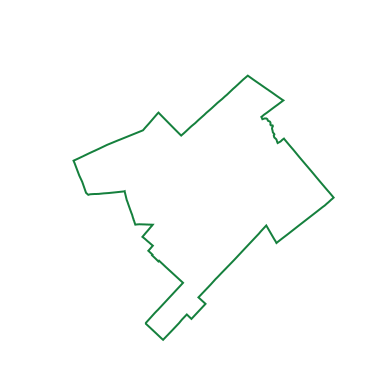 Afumati, Dolj, Romania, rotated 222°
{"feature_id": "2599482B89919086684151", "entity_name": "Afumati", "entity_type": "district", "adm_level": 2, "iso_a3": "ROU", "parent_name": "Romania", "parent_adm1": "Dolj", "projection": "mercator", "projection_center": [23.444, 44.0], "detail": "fine", "context": "isolated", "style": "outline", "palette": "green", "viewbox_px": 384, "rotation_deg": 222, "n_neighbors": 0, "source": "geoboundaries", "source_scale": "gbopen_adm2", "svg_char_len": 3265}
<svg xmlns="http://www.w3.org/2000/svg" viewBox="0 0 384 384"><g transform="rotate(222 192 192)"><path d="M228.4,315.8L229.2,309.8L229.5,306.2L230.2,298.5L230.5,296.1L231.1,287.8L231.5,284.9L231.8,281.5L232.7,275.3L233.4,267.6L233.7,265.0L234.3,260.5L234.5,257.5L235.4,249.5L235.7,245.4L236.4,240.8L236.6,239.0L237.1,233.0L237.4,229.9L237.7,227.8L237.7,227.7L237.8,226.7L238.4,226.7L246.2,227.1L259.6,227.9L269.3,228.5L270.0,228.6L270.1,227.5L270.0,222.6L269.8,214.1L269.8,211.2L269.8,209.9L269.8,208.4L269.7,205.3L269.7,205.1L270.5,203.4L280.4,183.1L281.7,180.5L284.0,175.7L286.6,170.3L290.1,161.8L294.1,152.5L298.5,141.8L299.6,139.2L301.0,136.0L300.8,135.9L298.6,134.9L286.8,128.8L280.4,126.1L270.2,120.5L269.1,120.5L268.0,120.5L267.2,120.5L266.2,122.1L263.8,124.6L260.3,127.9L256.7,131.9L253.3,135.4L246.8,142.6L242.8,147.1L242.6,147.5L242.5,147.4L234.9,142.2L234.6,142.1L233.0,141.3L231.8,140.6L227.0,138.0L222.7,135.7L221.4,135.1L220.0,134.2L219.5,133.9L218.9,133.5L218.2,133.1L217.5,132.8L217.4,132.7L217.1,132.5L216.8,132.2L216.5,132.1L216.1,132.0L215.9,131.9L214.8,131.2L212.3,129.8L212.2,129.9L211.0,131.3L209.4,132.9L208.2,133.9L206.8,135.1L205.5,136.2L203.8,137.6L202.5,138.7L201.2,139.8L200.6,140.3L199.3,141.4L199.2,140.5L199.2,138.2L199.1,135.7L199.0,132.9L199.0,131.2L198.9,128.2L198.8,125.5L195.4,125.7L192.0,125.7L190.2,125.8L188.4,125.8L185.2,125.9L185.2,125.7L185.1,121.5L185.1,119.1L179.5,119.0L179.5,118.6L179.4,118.2L178.1,118.2L174.3,118.1L170.5,117.9L170.5,118.9L161.3,118.7L137.9,118.5L137.9,117.6L138.5,81.1L138.6,80.3L138.7,77.1L138.7,70.8L138.7,66.7L138.7,64.5L138.7,64.0L138.6,63.7L138.4,63.5L138.2,63.4L138.0,63.2L137.7,63.2L125.5,63.0L117.2,62.8L114.6,62.8L114.2,74.4L113.9,85.9L114.1,90.4L113.9,97.5L107.5,97.3L107.1,117.9L116.7,118.0L116.4,128.5L116.2,135.6L116.2,141.6L116.2,143.5L116.1,144.5L116.0,146.9L115.9,150.9L115.2,169.2L115.1,173.7L114.9,184.6L114.6,197.8L114.4,205.9L114.5,208.2L114.5,209.8L114.4,216.8L112.5,216.2L100.1,212.2L98.4,211.7L97.3,211.4L95.1,210.6L94.9,211.9L94.9,212.0L94.0,217.2L92.6,224.6L91.8,229.2L89.9,240.0L86.1,261.1L84.9,268.0L84.3,270.8L84.0,273.8L83.8,275.1L83.7,276.0L83.6,277.2L83.5,278.0L83.4,279.6L83.2,280.6L83.1,281.7L83.0,282.6L84.3,282.8L90.0,283.6L91.9,283.8L95.0,284.2L103.2,285.3L109.6,286.2L113.6,286.8L120.1,287.7L126.2,288.5L135.8,289.8L139.1,290.3L145.0,291.2L146.6,291.4L150.6,291.9L159.0,293.1L159.4,293.2L159.8,291.3L160.0,288.8L161.1,285.7L161.6,285.9L161.8,286.0L162.0,286.1L162.3,286.3L162.6,286.4L162.9,286.6L163.5,287.0L164.4,287.5L165.2,287.6L166.0,287.6L166.7,287.6L167.3,287.6L168.0,288.0L168.8,288.5L169.2,288.9L169.2,289.5L169.2,289.8L169.4,290.0L169.9,290.2L171.0,290.3L171.9,290.5L172.7,291.1L172.9,291.3L174.9,292.6L175.4,293.3L176.0,295.1L176.7,295.4L177.8,294.4L178.6,294.4L178.9,294.6L179.1,295.0L179.4,295.3L179.6,295.6L180.1,296.0L180.7,296.3L181.4,296.4L182.1,296.2L182.5,296.0L183.0,295.8L183.3,295.8L183.8,296.0L184.2,296.3L184.5,296.5L185.4,296.5L185.9,296.4L186.7,295.7L187.3,295.2L187.8,294.3L188.4,293.2L189.7,293.8L190.7,294.2L190.5,295.2L190.2,297.6L189.4,301.0L188.7,304.6L188.4,306.2L187.7,309.7L186.5,315.5L185.4,321.2L187.2,320.9L193.5,320.1L198.8,319.5L206.3,318.5L221.3,316.6L228.4,315.8Z" fill="none" stroke="#15803d" stroke-width="2"/></g></svg>